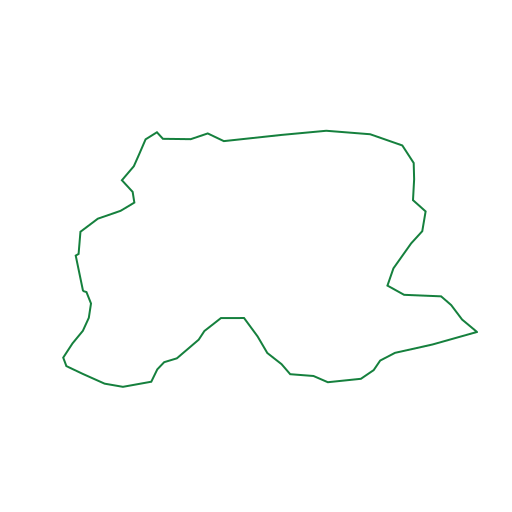 Trollhättan, Västra Götaland, Sweden (Robinson projection), rotated 171°
{"feature_id": "70781695B47342349503328", "entity_name": "Trollhättan", "entity_type": "district", "adm_level": 2, "iso_a3": "SWE", "parent_name": "Sweden", "parent_adm1": "Västra Götaland", "projection": "robinson", "projection_center": [12.405, 58.23], "detail": "fine", "context": "isolated", "style": "outline", "palette": "green", "viewbox_px": 512, "rotation_deg": 171, "n_neighbors": 0, "source": "geoboundaries", "source_scale": "gbopen_adm2", "svg_char_len": 958}
<svg xmlns="http://www.w3.org/2000/svg" viewBox="0 0 512 512"><g transform="rotate(171 256 256)"><path d="M334.5,393.7L346.8,388.5L355.6,374.6L362.6,363.8L376.6,351.8L367.8,338.6L367.8,327.8L382.7,321.8L406.4,317.6L425.6,307.4L430.9,285.8L434.0,284.6L432.3,248.6L432.5,248.6L429.1,246.9L426.4,234.9L430.8,221.1L438.7,209.2L450.9,198.4L462.3,185.8L460.5,176.9L445.6,166.7L425.5,153.6L407.9,147.6L379.6,148.2L379.1,148.2L371.2,159.5L363.3,165.5L350.2,167.3L325.7,182.3L318.7,190.0L300.3,200.2L277.5,196.6L267.0,176.3L260.0,158.4L247.7,145.2L240.7,133.9L218.0,128.5L204.8,120.1L171.6,118.3L157.6,124.9L149.7,133.3L133.9,138.6L95.4,141.0L49.7,146.4L49.7,146.5L62.4,161.0L70.9,177.0L79.5,187.2L115.8,194.5L130.8,206.2L122.2,222.3L100.8,244.2L87.9,254.5L81.5,273.5L92.2,286.6L87.8,307.1L85.7,323.2L94.2,342.3L124.2,358.4L167.0,368.7L211.9,371.6L269.8,374.5L284.5,384.6L302.2,381.6L329.6,386.3L334.5,393.7Z" fill="none" stroke="#15803d" stroke-width="2"/></g></svg>